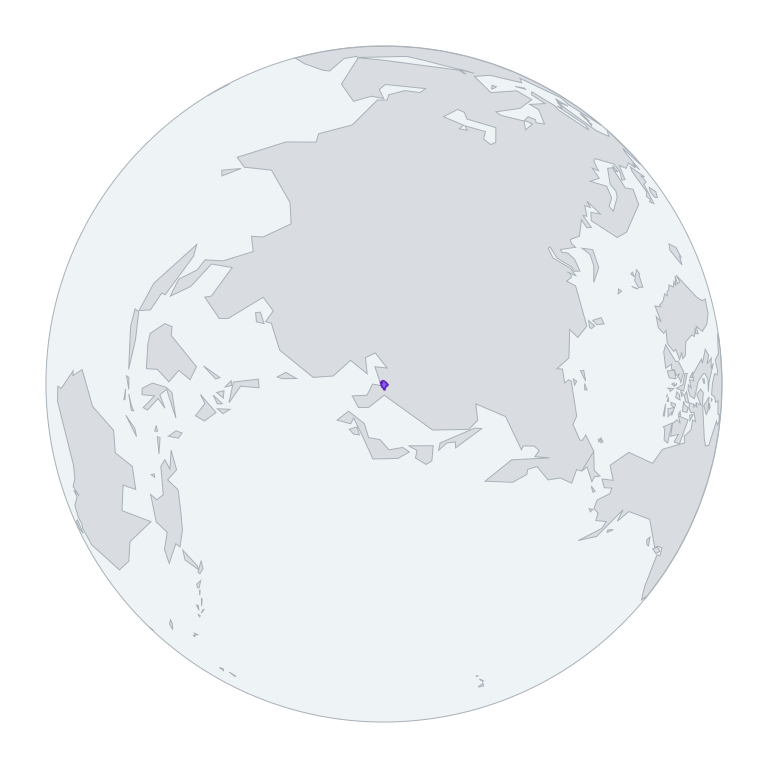 P'yŏngan-bukto on an orthographic globe, rotated 81°
{"feature_id": "PRK-3312", "entity_name": "P'yŏngan-bukto", "entity_type": "Province", "adm_level": 1, "iso_a3": "PRK", "parent_name": "North Korea", "parent_adm1": "", "projection": "orthographic", "projection_center": [125.079, 40.04], "detail": "fine", "context": "on_globe", "style": "filled", "palette": "violet", "viewbox_px": 768, "rotation_deg": 81, "n_neighbors": 0, "source": "natural_earth", "source_scale": "10m", "svg_char_len": 13653}
<svg xmlns="http://www.w3.org/2000/svg" viewBox="0 0 768 768"><g transform="rotate(81 384 384)"><circle cx="384" cy="384" r="338" fill="#eef3f6" stroke="#a8b0b8"/><path d="M649.7,575.7L649.4,577.0L649.1,577.5L649.7,575.7ZM632.3,154.8L632.9,155.5L637.6,160.7L635.0,158.4L637.5,163.4L625.3,158.5L595.4,141.1L596.8,138.3L589.4,135.1L587.2,138.8L587.6,142.2L559.3,142.7L548.3,162.0L556.0,175.1L545.6,167.5L567.8,197.9L569.0,216.6L560.7,191.5L554.6,186.0L552.0,196.1L545.1,192.8L539.9,196.2L531.9,191.6L527.7,178.2L522.5,175.2L520.9,182.7L512.0,183.5L515.0,172.8L499.7,173.4L489.8,152.9L504.4,131.2L492.1,119.2L489.1,96.0L482.6,95.7L477.3,87.9L467.8,84.9L469.9,82.2L460.5,82.3L460.3,85.4L456.1,86.6L450.5,85.4L452.3,81.5L455.3,81.5L452.9,79.8L456.2,78.5L451.4,78.5L454.2,74.4L443.2,76.7L438.5,72.1L442.6,70.0L452.9,72.4L488.1,76.2L495.5,76.2L495.5,72.9L472.7,61.4L476.4,61.0L473.4,58.9L466.5,57.6L466.3,58.9L452.7,56.7L454.1,59.5L448.7,59.4L445.8,62.1L434.7,59.5L425.4,55.8L427.2,53.7L423.2,52.4L412.1,53.1L406.4,49.0L386.9,46.7L386.8,46.3L403.3,46.6L427.0,48.9L433.5,49.7L458.5,54.4L483.1,60.9L507.2,69.3L530.5,79.5L553.0,91.4L574.6,105.0L595.1,120.1L614.3,136.7L632.3,154.8ZM698.0,338.5L695.2,333.1L697.8,332.8L698.0,338.5ZM692.9,332.4L694.0,333.6L693.0,333.1L692.9,332.4ZM691.7,333.6L692.6,332.7L691.9,334.4L691.7,333.6ZM690.5,336.2L691.0,334.6L691.1,335.0L690.5,336.2ZM687.5,338.2L686.7,338.5L686.9,336.4L687.5,338.2ZM588.8,144.4L587.9,139.4L592.4,137.6L594.0,142.0L588.8,144.4ZM579.2,149.1L576.8,145.3L585.3,148.0L584.0,149.3L579.2,149.1ZM563.1,185.7L563.7,180.2L565.5,186.8L563.1,185.7ZM540.6,197.5L542.6,200.2L539.1,200.9L540.6,197.5ZM452.1,63.4L449.1,62.7L451.2,62.5L452.1,63.4ZM453.8,65.4L458.4,65.7L459.9,66.7L457.0,66.5L453.8,65.4ZM523.6,194.7L517.2,195.2L523.0,192.3L523.6,194.7ZM447.6,64.9L462.0,68.6L464.5,70.5L455.4,71.5L447.6,64.9ZM513.1,194.0L497.8,196.4L501.0,202.4L483.3,187.4L502.1,189.9L508.7,185.1L508.5,190.6L513.1,194.0ZM462.7,86.9L462.6,83.5L467.9,87.6L462.7,86.9ZM467.1,89.3L489.3,101.5L486.6,106.5L479.8,101.1L480.5,108.9L468.2,105.2L465.1,100.1L469.3,97.5L461.4,98.2L467.1,89.3ZM475.9,179.1L471.6,178.0L475.4,176.7L475.9,179.1ZM454.9,87.4L459.6,89.2L457.6,93.5L447.8,90.8L451.6,90.2L454.9,87.4ZM486.6,113.1L483.4,116.1L472.7,113.8L470.0,114.8L467.7,105.6L486.6,113.1ZM449.2,88.6L442.9,89.3L438.7,86.3L450.1,86.0L449.2,88.6ZM461.2,95.9L459.8,97.9L457.4,95.8L461.2,95.9ZM420.3,77.0L426.0,78.5L425.5,80.8L420.3,77.0ZM440.8,89.9L442.3,90.9L442.7,92.1L437.8,92.0L440.8,89.9ZM460.3,104.9L456.5,103.5L460.7,108.5L452.8,107.4L452.7,101.6L449.4,103.7L447.0,103.4L449.6,99.1L460.3,104.9ZM434.1,95.8L431.3,88.8L420.8,85.2L421.0,82.9L437.8,89.2L434.1,95.8ZM443.0,98.0L437.5,96.0L440.5,94.0L446.1,94.1L443.0,98.0ZM447.4,108.9L459.5,112.0L459.1,113.3L447.4,108.9ZM430.4,95.0L431.2,96.8L429.3,95.0L430.4,95.0ZM441.5,105.0L445.9,105.8L445.3,107.1L441.5,105.0ZM429.1,99.8L428.2,97.4L431.9,97.3L429.1,99.8ZM434.3,102.5L432.5,104.2L433.8,98.7L436.3,102.6L434.3,102.5ZM440.3,106.1L441.3,107.2L438.5,105.6L440.3,106.1ZM415.3,102.1L416.1,95.2L424.5,94.8L422.5,101.4L415.3,102.1ZM162.6,128.7L141.7,152.5L137.1,158.0L128.9,164.5L103.4,201.9L108.0,200.9L95.6,231.2L94.3,246.6L112.9,232.9L115.2,207.0L126.3,193.6L133.0,206.4L132.7,230.8L137.0,226.5L146.2,204.5L155.2,204.4L150.4,196.7L145.6,204.1L142.5,199.9L146.7,193.0L149.7,193.0L152.4,184.8L137.2,188.3L130.7,196.2L132.2,181.0L121.4,193.0L118.6,192.3L135.7,172.0L141.0,168.4L165.2,142.0L159.8,144.3L136.5,169.7L139.7,164.5L132.1,169.1L140.4,161.5L167.2,134.5L174.6,123.2L168.2,124.0L170.8,121.9L197.5,102.2L207.7,96.1L188.6,111.3L194.8,108.5L212.3,98.1L205.0,104.0L209.8,102.0L203.9,108.0L208.9,111.1L205.0,117.4L219.8,114.0L219.8,117.1L211.0,118.0L202.8,122.4L194.5,140.0L196.7,142.0L207.0,138.7L203.4,144.5L214.5,139.2L216.1,148.6L223.5,133.1L235.8,130.1L243.8,133.9L249.2,130.5L236.2,124.5L229.8,124.8L222.2,129.4L206.0,129.4L206.1,124.6L228.1,115.0L230.6,107.6L246.6,104.4L271.9,120.6L275.8,130.7L255.2,153.7L246.8,152.8L250.0,143.7L235.2,155.0L242.0,152.6L239.1,157.8L250.1,157.4L248.6,161.1L261.9,154.7L261.2,159.3L252.7,163.3L268.5,167.8L270.5,177.5L274.9,176.8L278.9,173.3L278.8,188.7L282.0,187.5L283.3,182.0L290.4,176.4L303.1,172.8L302.4,178.3L297.7,180.3L286.8,193.3L274.5,198.6L275.5,200.6L286.0,197.4L299.3,181.3L307.1,177.7L302.0,185.5L304.4,182.3L308.1,182.3L311.0,187.6L317.2,179.4L358.5,174.6L368.3,185.3L359.1,192.1L387.2,197.3L396.0,210.8L397.2,205.4L411.4,205.4L408.8,201.1L410.4,198.6L445.8,198.7L453.5,203.7L470.1,199.3L470.7,196.8L465.9,192.7L483.3,187.4L501.0,202.4L498.7,207.2L511.3,214.1L504.4,224.6L504.4,237.0L489.5,245.7L490.9,255.5L495.7,257.1L501.2,272.3L495.8,299.3L478.9,269.9L482.9,231.9L479.4,246.3L473.9,241.1L468.8,245.3L466.9,256.1L470.6,258.5L435.2,269.0L418.0,296.4L434.6,297.2L442.1,307.2L437.1,343.2L395.1,385.5L404.7,402.7L403.3,412.8L390.8,417.2L392.4,402.5L382.3,395.4L385.1,386.9L365.5,390.3L368.7,378.4L351.9,387.7L355.2,398.3L371.3,399.0L355.4,413.3L368.1,432.8L366.4,452.9L334.3,481.7L306.3,485.8L303.9,491.3L294.5,481.9L279.4,489.8L294.8,527.4L293.5,536.5L270.2,547.4L270.1,540.7L245.2,515.7L238.5,535.6L257.4,559.6L263.8,581.3L248.4,570.4L242.1,550.7L233.4,541.3L237.2,523.7L232.7,492.4L217.3,491.8L219.9,480.6L211.3,450.7L190.0,448.4L155.2,461.6L148.0,488.1L137.1,493.5L129.6,442.7L134.5,413.2L126.6,409.4L123.2,374.9L102.4,346.0L104.1,336.6L99.1,334.0L97.5,317.5L101.8,302.8L98.7,296.8L88.4,335.8L92.3,342.6L102.0,339.7L97.8,351.3L100.0,369.9L81.1,379.1L57.8,358.4L63.3,336.8L85.8,260.8L89.5,256.8L89.9,256.1L90.7,254.7L84.7,260.1L91.2,246.5L70.8,293.4L64.0,310.1L57.4,358.9L56.1,359.7L56.3,372.5L66.3,388.8L64.7,395.0L55.2,412.5L48.1,420.7L48.2,422.2L46.3,397.0L46.3,371.8L48.1,346.7L51.9,321.8L57.4,297.2L64.8,273.1L73.9,249.7L84.8,226.9L97.3,205.1L111.5,184.2L127.1,164.5L144.2,145.9L162.6,128.7ZM124.3,268.2L129.3,283.5L140.8,265.0L143.7,269.7L146.5,262.0L141.6,263.7L150.6,244.3L157.7,247.4L164.2,241.1L162.8,235.8L148.3,233.4L135.3,260.6L128.3,262.2L124.3,268.2ZM394.1,46.2L387.5,46.2L390.9,46.1L394.1,46.2ZM417.2,47.7L420.3,48.0L419.0,47.9L415.9,47.6L417.2,47.7ZM241.9,87.5L235.5,91.0L231.3,91.3L236.4,85.5L242.6,84.8L241.9,87.5ZM227.5,96.0L247.9,89.3L245.6,93.3L243.4,92.0L239.8,95.4L235.4,94.4L213.2,105.6L208.0,106.8L220.3,94.2L219.1,97.4L225.4,93.5L227.5,96.0ZM304.2,72.0L313.0,71.1L296.5,80.7L290.2,80.6L294.8,74.3L305.0,70.8L304.2,72.0ZM429.0,66.9L433.4,67.3L432.9,68.2L428.7,68.5L429.0,66.9ZM423.0,77.5L409.1,66.6L413.4,66.3L400.0,61.3L406.3,58.8L414.8,61.9L409.6,56.7L419.8,58.6L415.0,55.4L433.2,62.7L442.2,64.8L429.8,63.3L423.7,65.4L423.8,67.0L430.7,73.3L447.0,79.7L443.6,83.5L436.8,84.5L432.4,83.5L436.0,81.2L427.5,81.6L429.3,77.6L423.0,77.5ZM360.0,104.6L366.1,100.5L349.3,104.1L351.0,98.7L349.0,99.4L346.0,95.6L338.8,92.6L341.2,90.3L337.3,90.1L335.3,87.9L330.8,87.1L333.5,82.9L328.3,81.7L332.5,80.4L322.8,79.6L331.2,78.4L329.3,75.9L322.2,78.4L347.4,61.5L351.5,56.6L350.3,53.5L364.9,52.9L375.4,55.8L381.8,61.3L375.8,66.6L383.5,65.8L382.9,68.2L377.1,67.8L385.7,70.0L383.6,72.1L389.4,79.3L403.1,82.0L405.6,85.0L399.2,85.0L406.1,88.2L395.6,90.4L397.1,92.8L388.4,97.8L375.2,97.0L377.8,99.8L371.3,104.2L360.0,104.6ZM412.5,103.3L396.2,102.7L389.2,99.7L407.4,92.4L407.5,89.9L418.9,86.0L428.9,90.6L424.7,91.2L422.9,93.0L420.5,90.8L421.1,93.9L415.4,95.0L414.3,97.8L409.4,96.8L412.5,103.3ZM138.4,158.8L136.1,162.3L133.9,166.7L129.1,170.1L138.4,158.8ZM156.4,140.1L155.3,142.2L147.4,148.3L149.9,145.0L156.4,140.1ZM161.3,138.6L155.8,141.9L160.2,138.1L161.3,138.6ZM210.6,120.0L210.2,122.4L207.5,123.7L204.7,123.7L210.6,120.0ZM310.6,116.8L315.2,114.3L316.7,115.1L328.8,113.2L328.5,117.5L321.1,120.3L310.6,116.8ZM109.5,231.6L105.9,230.6L107.9,226.5L108.7,227.6L109.5,231.6ZM115.0,198.2L110.6,208.0L113.7,199.0L115.0,198.2ZM312.3,121.2L317.3,119.8L314.1,122.9L312.3,121.2ZM328.9,120.6L326.2,124.2L329.9,117.9L328.9,120.6ZM64.9,495.2L63.5,489.8L69.6,507.6L71.5,512.6L64.9,495.2ZM348.5,640.1L359.0,642.3L358.7,643.3L348.5,640.1ZM337.5,635.0L349.4,636.9L335.6,637.0L337.5,635.0ZM354.0,637.6L366.1,636.8L371.3,635.5L370.5,637.7L354.0,637.6ZM329.5,633.9L287.2,625.2L270.8,618.1L274.4,615.0L301.0,622.4L329.5,633.9ZM273.1,614.5L248.4,595.5L216.9,547.1L228.1,552.2L261.6,586.2L259.4,589.3L274.3,603.1L273.1,614.5ZM334.0,605.6L331.7,616.3L308.1,611.1L297.5,607.1L290.1,591.0L294.2,584.4L302.8,586.6L337.6,566.5L349.4,574.9L338.4,584.5L348.2,596.1L334.0,605.6ZM148.8,491.5L153.1,511.6L147.5,510.7L148.8,491.5ZM352.8,549.4L338.0,559.4L351.9,545.1L352.8,549.4ZM361.7,534.9L362.0,541.3L356.8,534.4L361.7,534.9ZM302.6,500.3L293.4,499.6L293.7,494.9L305.6,493.0L302.6,500.3ZM364.9,469.6L362.8,483.7L360.3,488.2L357.1,479.1L364.9,469.6ZM316.6,161.0L300.1,158.3L288.0,160.3L280.9,167.2L283.9,156.9L302.5,153.7L316.6,161.0ZM353.4,172.0L359.6,166.7L361.7,170.3L360.6,172.1L353.4,172.0ZM353.8,167.9L352.4,159.2L359.0,157.2L358.8,164.4L353.8,167.9ZM331.6,138.6L326.8,137.4L329.6,134.8L331.6,138.6ZM471.6,709.4L470.2,707.9L484.7,704.4L479.6,707.2L471.6,709.4ZM587.3,654.0L588.5,653.0L590.8,650.5L590.9,651.1L591.1,651.0L587.3,654.0ZM415.4,703.4L350.0,709.2L335.2,706.5L337.9,703.4L322.3,689.0L327.0,690.0L322.6,679.9L360.6,675.3L387.5,658.3L409.9,660.2L426.0,645.5L449.4,645.7L443.0,657.5L468.1,662.6L483.5,635.7L500.1,659.6L519.2,663.8L526.2,674.4L497.1,697.8L479.1,704.3L475.0,704.2L467.7,706.8L455.4,708.3L447.3,704.8L440.2,707.1L446.5,702.6L436.5,707.1L429.5,704.2L415.4,703.4ZM583.5,631.7L587.3,630.6L593.6,631.1L587.5,633.4L583.5,631.7ZM640.2,587.3L642.0,587.5L638.1,591.0L640.2,587.3ZM649.1,577.5L644.3,581.9L649.7,575.7L649.1,577.5ZM602.1,609.9L604.0,610.4L602.5,611.7L602.1,609.9ZM600.5,610.1L602.6,606.7L602.4,609.2L600.5,610.1ZM582.0,603.9L584.2,601.7L585.2,602.4L582.0,603.9ZM374.6,643.8L389.1,637.0L397.2,636.7L374.6,643.8ZM578.6,602.1L573.0,603.8L573.5,602.1L578.6,602.1ZM578.9,598.5L578.2,596.6L581.8,600.3L578.9,598.5ZM567.9,597.2L574.9,598.9L567.2,597.9L567.9,597.2ZM563.9,599.0L558.9,598.7L559.2,597.9L563.9,599.0ZM509.1,614.6L527.6,624.2L513.1,626.7L496.7,621.3L484.5,630.5L456.6,631.8L462.8,626.5L458.8,619.3L430.4,617.3L424.6,612.3L434.6,608.8L416.0,604.6L436.3,602.3L444.8,612.7L456.3,603.9L476.6,604.6L496.6,605.9L513.0,611.0L509.1,614.6ZM436.8,625.1L440.3,625.1L437.2,628.1L436.8,625.1ZM549.4,595.7L556.6,598.7L555.8,600.1L552.3,600.3L549.4,595.7ZM516.7,608.7L534.2,596.9L538.3,596.2L526.8,608.0L516.7,608.7ZM529.8,592.2L538.0,591.7L542.5,595.5L540.8,597.2L529.8,592.2ZM395.3,615.1L394.6,617.9L389.4,615.4L395.3,615.1ZM402.0,613.6L417.8,617.2L400.6,616.1L402.0,613.6ZM355.2,599.5L359.6,607.1L373.7,604.1L363.0,609.4L372.8,621.7L369.6,625.5L359.8,612.5L356.7,624.6L350.5,623.6L346.9,612.5L353.1,599.8L359.3,594.8L385.0,594.9L355.2,599.5ZM401.8,605.1L397.7,596.6L400.8,591.1L405.3,595.8L401.8,605.1ZM385.9,575.2L375.4,564.0L365.5,567.0L385.9,554.4L392.5,567.2L385.9,575.2ZM377.6,551.7L368.3,554.4L378.2,546.8L377.6,551.7ZM366.2,550.6L365.6,543.1L372.7,544.9L366.2,550.6ZM382.4,552.5L384.9,540.1L388.1,547.8L382.4,552.5ZM363.7,525.9L378.2,540.0L358.5,532.5L359.6,507.4L368.2,507.9L363.7,525.9ZM423.3,425.4L422.2,417.5L430.4,416.2L428.8,421.9L423.3,425.4ZM456.3,406.7L432.3,413.3L412.9,419.3L418.1,423.2L412.3,436.0L405.3,423.2L420.1,409.6L434.6,407.6L438.3,396.6L449.8,389.4L449.6,375.4L455.1,369.6L459.7,381.9L456.3,406.7ZM448.9,369.5L452.7,345.0L467.6,348.8L470.0,355.0L462.0,364.5L454.7,361.8L448.9,369.5ZM458.0,340.4L451.0,337.8L441.7,301.1L443.4,294.5L458.3,323.3L452.4,322.6L452.1,331.3L458.0,340.4ZM472.2,181.0L471.7,178.2L474.8,180.7L472.2,181.0ZM408.7,196.3L411.4,193.3L415.0,195.9L408.7,196.3ZM421.0,186.7L415.0,185.8L421.7,184.4L421.0,186.7ZM401.7,184.6L412.8,184.4L401.7,187.9L401.7,184.6Z" fill="#d9dde1" stroke="#a8b0b8" stroke-width="1"/><path d="M385.5,380.5L385.5,380.4L385.8,380.6L386.0,380.8L386.3,380.8L386.3,381.0L386.4,381.3L386.3,381.6L386.2,381.7L386.2,381.8L386.3,381.8L386.5,382.0L386.4,382.2L386.4,382.3L386.5,382.3L387.1,382.8L387.3,382.9L387.5,382.9L387.8,382.8L388.0,382.9L388.1,383.0L388.5,383.5L388.8,383.8L389.0,383.9L389.5,384.0L389.8,384.1L389.7,384.2L389.7,384.3L389.8,384.6L389.8,384.8L389.7,384.9L389.3,385.1L388.6,385.3L388.5,385.2L388.4,385.2L388.2,385.0L388.1,385.3L387.9,385.5L387.7,385.7L387.5,385.8L387.3,386.1L387.1,386.2L386.8,386.4L386.7,386.4L386.4,386.5L386.2,386.6L385.9,386.7L385.7,386.8L385.7,386.7L385.1,387.0L384.9,387.1L384.8,386.9L384.7,386.8L384.7,386.6L384.4,386.6L384.4,386.8L384.2,386.8L384.2,386.7L383.9,386.6L383.7,386.5L383.7,386.4L383.5,386.2L383.4,386.2L383.4,386.3L383.2,386.3L383.2,386.2L383.0,385.9L382.9,385.9L382.7,385.8L382.6,385.7L382.5,385.8L382.5,386.0L382.4,386.2L382.4,386.3L382.5,386.3L382.4,386.3L382.2,386.5L381.9,386.6L382.0,386.5L381.9,386.5L381.9,386.4L382.0,386.3L382.0,386.2L381.9,386.0L381.9,385.9L381.7,385.8L381.8,385.8L381.8,385.7L381.7,385.5L381.7,385.4L381.1,385.2L381.0,385.3L381.0,385.2L380.9,385.2L380.7,384.9L380.6,384.7L380.8,384.6L380.9,384.2L381.0,384.1L381.4,384.1L381.1,384.0L380.9,383.9L380.8,383.7L381.5,383.0L381.6,382.9L381.7,382.7L381.9,382.6L382.0,382.5L382.3,382.4L382.4,382.2L382.5,382.0L382.8,381.9L383.0,381.7L383.2,381.4L383.3,381.5L383.5,381.6L383.8,381.5L383.8,381.4L383.7,381.2L383.8,381.1L384.0,381.0L384.2,380.9L384.3,380.8L384.5,380.7L384.8,380.6L384.9,380.4L385.0,380.4L385.2,380.5L385.2,380.4L385.3,380.4L385.4,380.5L385.5,380.5ZM383.3,386.6L383.2,386.6L383.3,386.8L383.2,386.9L383.1,387.0L382.9,387.2L383.0,387.1L382.9,387.0L382.9,386.9L383.0,386.9L383.0,386.7L383.3,386.6ZM382.2,386.9L382.2,387.0L382.0,386.9L381.8,387.0L381.8,386.9L382.0,386.8L382.3,386.8L382.2,386.9ZM382.2,387.0L382.3,387.0L382.2,387.2L382.2,387.0ZM381.8,387.6L381.9,387.4L381.9,387.5L381.8,387.6Z" fill="#8b5cf6" stroke="#5b21b6" stroke-width="1.5"/></g></svg>